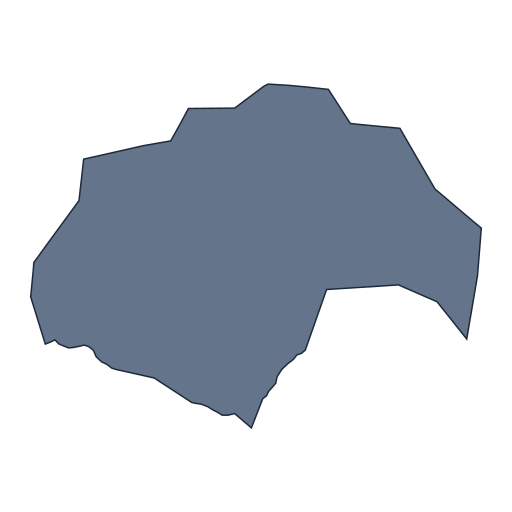 outline of Caridade do Piauí, Piauí, Brazil
{"feature_id": "56859067B32922101627440", "entity_name": "Caridade do Piauí", "entity_type": "district", "adm_level": 2, "iso_a3": "BRA", "parent_name": "Brazil", "parent_adm1": "Piauí", "projection": "albers", "projection_center": [-40.967, -7.711], "detail": "fine", "context": "isolated", "style": "filled", "palette": "slate", "viewbox_px": 512, "rotation_deg": 0, "n_neighbors": 0, "source": "geoboundaries", "source_scale": "gbopen_adm2", "svg_char_len": 984}
<svg xmlns="http://www.w3.org/2000/svg" viewBox="0 0 512 512"><path d="M466.7,339.0L471.0,313.9L477.5,275.7L479.6,249.6L481.3,228.1L472.6,220.9L435.0,189.0L408.2,142.7L399.9,128.3L367.2,125.2L350.3,123.5L339.6,106.8L328.4,89.4L307.7,87.1L289.5,85.4L268.0,84.1L263.6,86.4L234.7,108.1L211.5,108.3L188.4,108.5L180.5,123.3L170.7,140.9L143.2,145.7L83.7,159.1L79.0,200.6L46.3,245.3L37.3,257.8L33.8,262.5L33.3,269.7L30.7,296.9L45.3,344.1L49.9,342.3L55.0,339.9L58.8,343.9L63.7,346.0L68.6,347.9L73.3,347.5L78.4,346.5L84.3,345.1L89.1,346.8L93.5,350.5L96.1,356.6L101.5,361.8L106.9,364.4L111.7,368.1L116.6,369.6L154.2,378.0L191.7,402.5L196.0,403.4L201.3,404.2L207.6,406.6L212.8,409.9L217.4,412.2L222.2,415.2L227.9,415.2L234.7,413.6L251.4,427.9L262.7,398.8L266.6,395.7L268.5,391.5L271.9,387.7L275.7,383.3L277.1,376.8L281.7,369.5L288.0,363.5L293.4,359.4L296.9,354.9L301.4,353.4L305.3,350.1L326.6,289.5L398.4,284.9L437.1,301.8L466.7,339.0Z" fill="#64748b" stroke="#1e293b" stroke-width="1.5"/></svg>